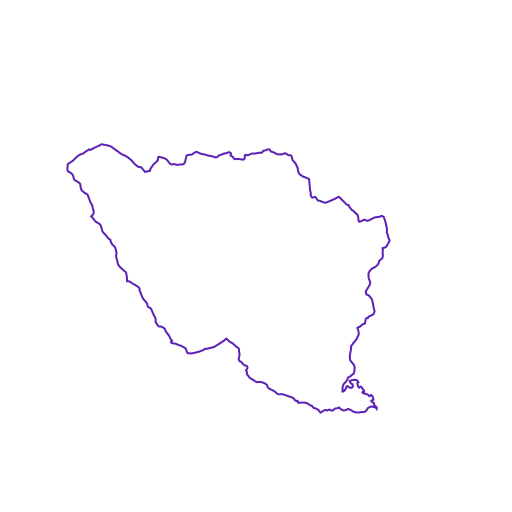 Abriaquí, Antioquia, Colombia (Robinson projection), rotated 138°
{"feature_id": "7082276B50161152068200", "entity_name": "Abriaquí", "entity_type": "district", "adm_level": 2, "iso_a3": "COL", "parent_name": "Colombia", "parent_adm1": "Antioquia", "projection": "robinson", "projection_center": [-76.083, 6.629], "detail": "fine", "context": "isolated", "style": "outline", "palette": "violet", "viewbox_px": 512, "rotation_deg": 138, "n_neighbors": 0, "source": "geoboundaries", "source_scale": "gbopen_adm2", "svg_char_len": 6078}
<svg xmlns="http://www.w3.org/2000/svg" viewBox="0 0 512 512"><g transform="rotate(138 256 256)"><path d="M371.9,229.6L369.2,226.8L366.8,225.3L363.3,223.6L362.2,222.8L360.4,222.4L359.1,221.6L357.9,221.3L356.2,221.2L354.0,219.6L348.0,216.4L336.7,214.5L333.3,214.5L333.2,214.1L333.1,210.8L331.7,206.0L331.4,202.3L330.7,199.2L331.2,197.9L332.8,196.0L333.6,194.4L335.2,192.9L337.5,191.3L338.2,190.3L338.5,188.8L337.8,187.1L338.0,184.4L337.6,182.3L336.5,180.9L336.4,180.0L336.9,178.9L337.2,178.5L339.9,177.7L340.1,176.3L341.7,174.5L342.0,173.3L341.9,171.8L342.2,170.7L342.1,168.8L341.4,167.3L340.4,163.2L339.6,161.5L338.1,160.5L336.3,158.7L334.6,155.2L334.2,153.8L334.2,153.0L335.0,150.8L335.1,149.1L333.5,145.1L332.7,142.5L332.3,139.1L331.8,138.2L329.3,136.1L327.9,134.1L323.8,126.6L323.3,125.2L323.2,124.6L323.6,123.3L323.0,121.0L322.1,120.7L322.0,120.4L322.7,119.1L322.6,118.4L319.7,116.2L316.9,113.3L315.3,108.0L314.7,107.3L314.9,104.5L314.2,103.8L312.9,100.9L312.7,99.6L312.9,97.0L312.6,96.2L309.7,96.0L307.7,95.3L307.2,94.9L306.8,93.8L304.4,92.9L303.0,90.2L302.6,89.9L299.2,89.7L297.2,88.3L295.5,87.7L295.7,86.0L294.3,82.5L292.8,81.7L291.1,80.9L290.2,80.9L289.6,80.5L288.4,77.4L287.9,75.3L286.1,72.6L284.0,70.7L281.7,69.2L280.1,67.7L277.5,67.3L274.6,68.1L271.8,67.5L270.4,66.3L269.9,65.3L269.3,64.8L268.5,63.0L268.4,62.5L268.5,61.8L267.8,62.4L267.6,63.8L267.9,66.5L266.8,67.5L267.6,70.8L267.4,71.2L266.8,71.3L265.4,70.6L264.9,70.6L264.0,72.2L263.2,74.0L263.4,75.7L265.2,75.7L265.6,76.0L265.6,77.8L265.9,78.6L268.3,82.7L268.2,83.4L267.7,83.6L266.9,82.7L266.5,82.8L265.8,83.8L265.6,84.5L265.8,86.0L265.2,88.4L265.8,89.0L267.4,89.1L267.5,90.0L266.7,92.3L266.0,93.5L265.5,93.7L264.5,93.5L264.0,95.5L264.1,96.2L266.2,98.6L269.9,100.5L270.2,100.1L270.7,98.4L270.6,97.3L270.0,95.9L270.9,95.0L271.3,94.1L272.8,94.0L273.5,94.3L274.0,94.9L274.8,96.5L274.9,97.8L275.1,98.1L276.5,98.4L277.3,97.6L280.2,96.7L281.8,96.9L282.3,97.2L282.5,97.5L281.0,98.5L280.4,99.7L277.7,101.7L276.2,102.2L272.8,102.5L270.4,103.2L269.4,103.9L268.7,104.0L265.6,103.4L262.4,103.3L261.2,103.6L258.6,105.8L256.8,107.7L256.1,109.7L255.8,115.1L255.3,116.4L252.8,119.3L247.6,123.3L245.5,125.5L244.2,125.5L241.8,126.3L240.1,126.2L239.1,126.6L237.4,126.8L232.0,129.0L229.7,132.3L229.0,134.4L228.6,134.8L227.8,134.7L226.7,134.1L225.5,133.9L222.8,133.9L221.4,133.6L220.5,133.0L220.0,133.0L219.7,133.5L218.3,134.3L216.8,135.7L215.2,135.8L214.8,135.2L214.3,135.0L212.6,135.6L210.5,134.7L209.4,134.7L207.7,134.1L204.8,135.6L203.2,138.9L202.0,140.6L199.6,144.8L198.8,146.7L198.5,151.3L199.7,153.6L199.6,154.1L198.8,155.0L198.3,156.2L190.7,158.5L189.6,159.2L188.5,160.5L187.3,163.7L186.6,164.8L184.5,167.4L183.7,168.0L181.7,168.7L179.5,169.0L177.6,168.9L174.9,168.1L172.0,168.0L169.7,168.5L168.6,169.4L167.4,169.9L163.3,169.9L161.2,171.7L159.3,174.3L157.6,175.6L156.8,177.2L155.3,176.4L153.5,175.8L152.2,175.9L146.6,177.9L146.0,178.7L145.4,181.0L144.9,182.1L144.1,183.2L143.0,186.0L141.7,187.1L139.8,189.7L137.3,194.2L135.0,199.1L135.4,201.2L136.2,202.0L137.7,202.3L141.9,205.2L145.3,206.2L148.0,206.8L149.4,207.5L150.2,208.4L151.0,210.4L155.4,211.8L156.1,212.1L156.4,212.6L156.2,213.5L153.8,216.9L152.9,219.0L153.4,221.5L153.4,224.2L154.0,226.3L154.0,227.1L153.7,230.2L153.1,231.8L154.0,233.1L154.2,233.8L154.7,244.2L155.2,244.8L159.1,245.7L168.4,248.8L169.9,250.7L171.7,254.4L172.8,255.7L172.8,256.9L172.4,259.3L172.6,260.3L173.1,260.8L174.9,261.5L175.2,261.9L175.2,262.9L174.4,265.0L173.1,266.1L171.8,268.7L165.1,277.6L165.1,278.0L166.0,279.6L166.8,281.7L168.0,283.7L168.9,287.6L168.3,290.2L166.1,293.7L164.7,298.3L164.6,303.0L163.5,304.8L162.6,306.9L163.0,307.8L164.5,309.4L165.1,311.8L165.5,312.8L169.0,314.4L171.8,316.9L172.2,317.4L173.4,321.0L174.9,323.4L174.9,324.9L174.7,326.2L176.1,327.5L178.2,328.1L180.3,329.3L182.4,328.8L182.8,329.0L184.0,330.2L188.7,333.2L190.2,334.7L191.6,335.4L193.5,335.8L194.7,336.4L196.1,338.2L196.8,338.3L197.4,337.9L198.4,336.6L199.3,336.0L200.5,335.9L201.0,336.1L204.1,339.8L207.2,342.5L206.9,345.8L207.8,347.5L207.5,348.0L205.9,349.0L205.9,349.8L206.2,350.7L206.7,351.3L209.8,352.5L211.2,353.6L214.8,354.8L216.2,355.5L218.8,355.6L219.8,356.0L222.1,359.7L224.7,363.2L226.8,366.7L228.2,368.2L230.6,373.4L233.5,374.1L235.7,374.2L238.7,376.4L240.1,377.0L241.3,376.6L246.0,373.2L248.4,372.7L249.7,373.5L251.2,374.9L253.1,376.0L254.0,377.0L255.4,379.2L257.3,380.4L257.9,381.1L258.1,382.6L257.9,386.7L258.0,387.9L258.9,390.4L261.7,394.6L262.2,394.9L263.0,394.7L264.8,392.8L267.7,392.6L271.1,392.7L274.8,391.7L275.7,391.7L277.8,390.2L280.4,391.8L282.2,392.6L282.0,398.8L282.2,399.2L283.7,400.6L284.4,403.7L284.6,406.2L284.5,410.2L285.2,415.2L286.3,418.4L287.7,421.4L290.4,433.9L291.0,435.5L292.0,437.1L296.1,442.5L299.2,443.1L303.6,444.6L307.2,445.4L308.2,445.8L308.3,446.5L308.7,446.9L310.1,447.0L312.0,447.5L316.0,447.9L318.6,449.0L320.2,449.4L323.3,449.6L328.2,449.3L334.3,450.2L337.7,447.2L338.7,445.8L339.0,445.0L339.1,444.3L338.1,442.3L337.8,439.4L338.4,437.5L339.8,435.2L340.0,434.1L339.8,433.0L338.8,430.4L338.3,427.6L338.7,426.6L340.1,424.9L341.6,421.6L341.2,417.5L340.2,415.4L340.2,414.0L342.8,407.5L344.0,402.8L345.2,401.2L346.0,399.0L347.6,396.8L348.5,396.2L349.4,395.9L352.0,395.7L351.8,393.9L352.1,390.6L352.1,389.4L351.8,387.4L350.9,384.8L350.8,383.4L351.0,382.5L353.8,376.6L353.7,371.5L354.0,368.1L353.4,365.5L354.5,363.4L354.9,362.0L355.1,360.2L354.8,358.6L354.9,357.1L355.5,355.3L357.0,352.7L357.9,351.3L359.9,349.7L360.8,348.5L362.4,345.0L363.9,342.7L364.4,340.3L364.4,338.6L364.0,334.0L363.6,332.1L363.7,330.5L366.6,325.9L368.7,323.5L367.0,321.8L366.3,318.6L364.7,313.8L364.1,310.8L364.3,309.8L365.4,308.6L365.9,307.3L368.3,300.7L368.6,297.8L368.5,295.5L368.6,294.6L368.8,293.6L370.2,290.7L370.2,290.2L369.3,287.5L369.5,286.3L371.5,280.7L372.1,277.6L373.0,276.1L374.6,274.3L375.2,271.9L375.5,269.3L375.3,268.5L373.8,267.2L372.6,264.0L372.5,263.0L373.5,260.4L373.9,255.2L375.1,250.9L375.0,249.2L376.6,249.0L377.0,248.2L377.0,247.7L374.4,244.6L373.1,241.5L371.9,239.8L370.9,237.0L370.1,234.1L371.5,231.1L371.9,229.6Z" fill="none" stroke="#5b21b6" stroke-width="2"/></g></svg>